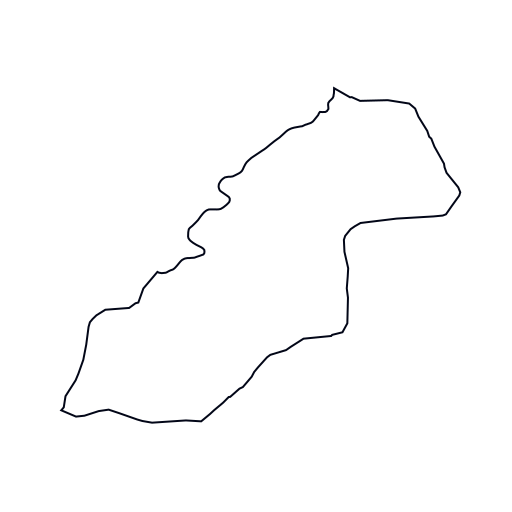 Amatitlán, Guatemala (Natural Earth projection), rotated 264°
{"feature_id": "79465075B1608091480167", "entity_name": "Amatitlán", "entity_type": "district", "adm_level": 2, "iso_a3": "GTM", "parent_name": "Guatemala", "parent_adm1": "", "projection": "natural_earth1", "projection_center": [-90.597, 14.456], "detail": "fine", "context": "isolated", "style": "outline", "palette": "ink", "viewbox_px": 512, "rotation_deg": 264, "n_neighbors": 0, "source": "geoboundaries", "source_scale": "gbopen_adm2", "svg_char_len": 2752}
<svg xmlns="http://www.w3.org/2000/svg" viewBox="0 0 512 512"><g transform="rotate(264 256 256)"><path d="M250.5,156.3L235.5,140.6L222.0,134.1L221.6,131.2L217.6,124.4L218.3,100.5L213.7,91.1L210.5,87.0L207.5,83.9L203.1,82.1L185.6,77.9L170.8,73.4L157.6,67.1L151.2,63.6L136.5,51.9L125.6,49.0L124.1,47.5L122.9,46.2L115.1,60.2L115.1,68.7L118.2,83.4L118.6,93.4L114.0,103.5L105.8,120.8L103.8,125.7L101.1,135.2L99.8,169.1L97.3,184.2L103.7,193.8L107.0,198.2L113.6,208.0L118.6,214.1L118.6,215.6L125.8,225.7L127.0,229.2L130.6,233.0L136.4,239.1L140.9,242.1L145.2,246.5L154.1,256.4L156.2,259.9L159.3,276.1L162.0,281.0L163.4,283.8L168.8,294.6L168.6,322.4L169.6,323.5L171.1,334.0L179.5,339.8L204.9,343.1L214.3,342.9L225.6,345.0L234.2,346.4L250.9,344.4L262.9,345.1L266.7,346.8L272.8,352.9L275.3,357.5L277.9,363.4L278.5,399.7L276.8,436.7L276.7,445.9L277.6,449.3L284.9,455.6L294.9,464.5L298.0,465.8L303.2,464.3L318.8,454.2L324.5,452.8L328.2,452.6L346.1,444.9L354.4,442.6L356.5,440.7L362.5,439.4L377.6,432.1L386.0,429.7L391.6,424.3L397.2,403.3L399.4,375.7L404.0,367.8L404.0,366.1L414.7,351.2L412.2,350.9L409.6,350.5L408.0,350.0L406.6,349.7L405.0,348.7L403.5,346.9L402.3,345.3L400.7,343.9L398.8,343.5L396.9,343.5L394.7,343.4L392.7,341.7L392.0,340.1L392.2,337.2L392.6,334.6L391.2,333.4L389.7,332.6L388.7,331.6L387.5,330.4L386.1,329.0L384.8,327.7L383.7,326.5L382.7,324.6L382.3,323.1L382.0,321.7L381.6,320.2L381.4,318.9L380.7,316.9L380.2,315.4L380.2,314.0L379.7,307.5L379.2,304.6L378.5,302.4L377.7,300.6L376.5,298.7L375.0,296.7L371.4,291.8L370.0,289.3L368.2,286.2L365.5,282.0L362.3,277.2L361.2,275.3L360.0,272.9L354.1,261.7L351.8,258.5L350.2,256.5L348.3,254.9L345.7,253.2L343.6,252.0L342.1,250.9L340.9,249.4L340.2,248.1L339.5,246.4L338.4,243.5L337.6,241.2L337.5,238.9L337.7,237.0L337.6,235.2L337.4,233.2L336.3,231.2L335.3,229.8L334.1,228.6L332.5,227.4L331.3,226.6L329.2,226.1L328.0,226.1L326.8,226.3L324.9,226.9L323.6,228.2L322.4,229.6L318.4,234.2L317.3,235.3L315.8,235.9L314.0,235.7L312.5,235.0L311.4,233.8L309.9,231.9L307.8,228.6L306.5,225.8L306.3,223.8L306.4,221.9L306.6,220.3L307.1,215.7L307.2,213.9L306.7,212.1L306.1,210.8L305.0,209.1L303.7,207.6L301.3,205.2L297.8,202.1L295.9,199.9L292.7,195.9L290.9,193.2L289.7,192.0L288.1,191.5L286.7,191.1L284.6,190.8L282.5,190.5L280.7,190.7L279.1,191.6L278.1,192.3L277.1,193.3L275.6,194.9L273.3,197.9L270.3,202.6L268.9,204.2L267.4,205.2L265.6,205.2L264.1,204.8L263.0,203.8L262.5,201.7L262.1,200.2L261.5,197.4L260.8,194.7L260.8,193.2L260.9,191.3L260.9,189.7L261.1,187.6L261.0,185.9L260.8,184.6L259.8,182.1L258.6,180.5L257.3,179.1L254.8,176.6L253.0,174.6L252.0,173.3L251.2,171.8L250.7,169.5L249.9,167.3L249.2,165.8L248.8,164.5L248.8,162.5L248.8,160.4L249.6,157.6L250.5,156.3Z" fill="none" stroke="#020617" stroke-width="2"/></g></svg>